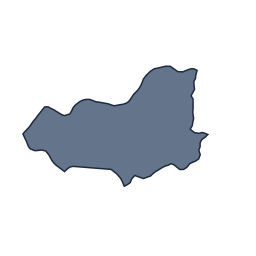 Barra Bonita, São Paulo, Brazil (Mercator projection), rotated 142°
{"feature_id": "56859067B6944721508308", "entity_name": "Barra Bonita", "entity_type": "district", "adm_level": 2, "iso_a3": "BRA", "parent_name": "Brazil", "parent_adm1": "São Paulo", "projection": "mercator", "projection_center": [-48.547, -22.479], "detail": "fine", "context": "isolated", "style": "filled", "palette": "slate", "viewbox_px": 256, "rotation_deg": 142, "n_neighbors": 0, "source": "geoboundaries", "source_scale": "gbopen_adm2", "svg_char_len": 1480}
<svg xmlns="http://www.w3.org/2000/svg" viewBox="0 0 256 256"><g transform="rotate(142 128 128)"><path d="M159.9,83.6L156.3,85.7L151.9,86.4L147.0,78.7L139.7,76.3L136.4,76.7L133.6,76.7L130.5,76.3L124.9,75.7L121.8,75.0L119.3,73.9L116.1,73.4L114.4,70.7L112.8,63.4L109.6,61.1L105.7,60.8L101.3,61.9L94.8,60.3L91.3,60.1L87.5,62.5L85.9,66.9L82.8,68.8L80.2,72.0L77.0,73.4L72.9,73.3L69.1,73.7L70.5,76.3L72.1,78.6L75.6,80.3L78.7,83.8L79.7,88.8L76.1,90.2L70.3,95.3L67.5,100.2L64.3,103.8L61.9,106.9L58.9,110.9L58.5,114.5L55.4,115.9L51.8,117.5L49.0,122.0L47.4,124.2L44.4,125.4L42.4,127.6L38.1,130.9L39.5,133.9L41.7,135.8L44.8,137.0L50.3,138.5L54.0,141.7L56.7,150.6L60.3,153.5L64.0,155.2L67.1,156.6L70.8,158.5L75.4,158.9L81.0,158.3L85.6,157.1L90.5,154.2L93.7,152.8L97.0,151.8L102.6,151.1L109.8,148.7L113.1,148.4L116.7,149.5L121.2,151.9L125.2,154.0L126.9,156.4L128.8,159.3L131.0,161.8L134.3,165.5L137.1,168.4L140.6,174.1L143.4,176.3L146.2,177.7L149.8,178.5L152.8,178.5L156.2,178.4L159.0,177.7L161.5,176.3L165.3,174.9L170.5,176.9L172.1,179.5L175.0,187.3L178.1,194.1L180.8,195.9L183.8,195.2L192.0,193.2L194.7,192.4L198.6,191.6L205.4,189.5L211.5,188.6L214.5,188.0L216.2,180.3L217.9,174.5L217.8,171.6L215.2,167.3L212.7,165.7L209.5,163.7L207.0,160.5L206.9,155.6L208.0,149.1L208.0,145.9L207.3,141.9L204.8,132.7L201.5,133.1L197.8,133.0L194.8,131.5L166.8,105.8L166.1,102.9L165.1,98.8L164.8,93.2L165.3,89.9L166.8,84.4L163.5,83.8L159.9,83.6Z" fill="#64748b" stroke="#1e293b" stroke-width="1.5"/></g></svg>